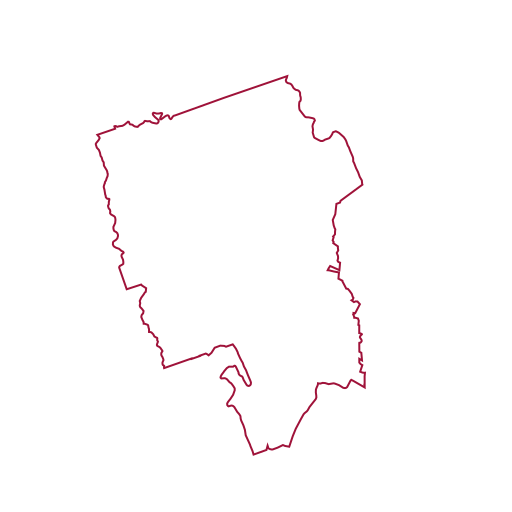 Campbelltown (NSW), New South Wales, Australia, rotated 151°
{"feature_id": "25037944B45643684874460", "entity_name": "Campbelltown (NSW)", "entity_type": "district", "adm_level": 2, "iso_a3": "AUS", "parent_name": "Australia", "parent_adm1": "New South Wales", "projection": "robinson", "projection_center": [150.89, -34.074], "detail": "fine", "context": "isolated", "style": "outline", "palette": "rose", "viewbox_px": 512, "rotation_deg": 151, "n_neighbors": 0, "source": "geoboundaries", "source_scale": "gbopen_adm2", "svg_char_len": 6133}
<svg xmlns="http://www.w3.org/2000/svg" viewBox="0 0 512 512"><g transform="rotate(151 256 256)"><path d="M128.4,266.8L128.4,267.1L126.8,270.8L126.9,274.9L126.1,279.8L125.9,284.3L125.1,289.9L125.1,291.6L123.7,294.3L123.3,295.8L122.7,302.1L122.1,306.0L122.2,308.1L121.4,312.7L121.3,314.5L121.6,317.5L123.6,323.2L124.4,324.6L125.7,326.4L128.5,326.9L129.1,326.6L130.5,325.5L132.3,324.5L134.5,323.6L135.3,323.6L139.1,324.3L141.0,324.2L142.2,324.4L143.7,325.3L145.0,327.1L147.5,331.0L147.6,331.9L146.6,336.4L144.9,338.8L143.7,342.1L142.4,343.6L141.0,344.5L140.3,345.2L138.9,345.9L138.6,347.2L138.7,347.8L138.9,348.3L140.1,349.5L142.7,351.7L144.8,353.0L145.3,353.5L145.7,354.4L147.0,362.6L146.7,363.8L145.5,366.5L144.0,368.9L143.2,369.8L141.8,370.2L140.8,371.4L139.9,373.3L139.7,374.6L139.1,376.0L138.4,377.2L138.3,378.2L138.5,379.6L139.1,380.7L140.3,381.7L140.8,382.3L141.6,384.2L141.8,385.2L141.7,386.6L141.9,388.9L142.6,390.2L144.4,391.9L145.1,393.3L144.9,394.9L144.2,395.8L142.7,396.9L141.5,398.2L207.0,409.8L258.8,418.2L259.7,418.5L261.1,418.3L263.6,417.0L264.3,417.1L264.7,418.0L264.8,418.8L264.4,420.8L264.7,421.5L265.1,421.9L266.3,422.2L267.6,422.2L272.5,421.5L273.3,421.9L273.4,422.1L273.0,423.1L269.2,425.8L269.0,426.4L269.7,427.1L271.9,427.7L273.8,428.7L275.9,430.8L276.4,431.0L277.1,430.7L277.4,430.3L277.6,429.1L277.0,426.4L275.6,422.8L275.5,421.9L275.7,421.2L276.2,420.6L277.5,419.9L278.2,419.9L278.8,420.1L279.7,420.8L282.1,422.9L283.1,424.4L283.4,425.4L285.6,426.4L287.6,428.0L288.1,428.0L288.8,427.5L290.2,427.0L293.8,427.1L295.9,426.7L296.8,426.3L297.3,426.5L299.2,428.1L300.0,429.4L300.2,430.2L300.7,431.0L302.3,432.2L302.4,433.0L302.2,435.0L302.8,435.5L307.4,434.6L309.7,434.6L313.0,435.9L314.6,436.2L315.1,436.7L315.6,437.6L316.6,438.1L317.0,438.1L317.5,435.6L336.0,438.9L335.4,435.7L335.6,434.9L337.4,433.7L340.9,432.3L341.8,431.7L342.1,431.0L342.7,427.9L342.0,424.9L342.4,422.0L343.4,418.9L343.2,417.0L344.0,413.8L343.8,411.8L345.2,408.7L345.0,403.2L345.3,401.5L345.7,400.8L345.8,399.7L347.1,397.8L348.7,396.6L350.6,394.8L352.4,393.8L353.0,392.8L353.7,392.4L355.4,390.7L355.9,389.7L356.4,387.5L358.1,382.8L358.2,381.8L358.8,380.3L358.6,378.9L358.3,378.1L356.9,377.3L356.7,376.9L357.0,376.3L358.4,374.8L359.8,372.4L360.8,372.0L361.2,371.4L361.7,369.5L361.6,368.3L361.3,367.5L361.5,366.6L362.0,365.3L362.3,365.1L362.9,364.1L362.7,362.7L360.8,359.6L360.5,358.3L360.8,357.2L361.4,355.7L363.2,353.1L366.6,350.6L367.3,349.3L367.8,347.8L367.8,346.4L366.7,344.8L366.2,343.2L366.5,341.4L367.0,340.4L368.8,338.6L370.6,338.0L373.8,337.7L374.5,337.2L375.6,335.4L375.7,333.8L375.5,333.0L374.4,331.1L372.3,328.7L371.2,325.7L370.1,324.1L370.1,323.2L370.6,322.8L372.6,322.5L373.6,321.4L373.9,320.3L374.1,317.2L375.0,314.9L375.9,313.5L376.9,313.3L379.9,313.3L380.7,312.9L381.3,312.2L385.2,289.6L370.3,286.7L370.0,285.4L367.7,281.1L369.8,278.1L370.9,278.0L372.4,277.1L376.7,275.1L379.5,273.0L380.1,270.9L381.6,269.2L382.0,268.1L382.0,267.0L381.6,266.1L381.3,264.5L381.0,262.4L382.6,260.5L384.0,260.1L384.8,259.6L385.9,258.3L386.3,255.2L386.3,252.9L387.1,251.2L386.2,250.7L384.5,248.8L384.0,248.0L384.0,247.5L384.7,245.5L385.0,243.9L386.4,241.4L384.9,240.4L384.4,239.6L383.8,237.3L383.9,234.9L383.0,233.4L382.2,232.4L382.2,231.9L383.2,230.4L383.3,228.6L385.5,226.7L385.9,226.0L385.9,225.2L384.7,223.4L384.2,222.2L383.9,219.2L383.9,218.2L385.9,217.0L386.8,215.4L386.9,214.3L386.8,213.1L387.1,210.7L387.4,209.8L389.2,208.4L389.7,207.8L390.3,206.3L390.2,205.6L389.7,204.8L389.6,204.4L390.5,203.1L390.7,202.5L362.0,197.6L362.2,197.2L353.5,195.7L353.5,196.1L347.2,195.0L346.3,193.7L345.6,192.1L341.9,192.9L336.6,195.8L330.7,194.9L327.3,192.7L326.2,191.2L319.2,190.0L318.8,187.4L318.5,184.5L318.7,180.4L319.0,179.8L319.4,174.8L319.5,171.2L319.4,169.1L320.1,165.3L320.1,160.9L320.8,156.0L321.4,149.9L321.7,147.9L322.6,146.5L323.5,145.9L324.7,145.7L325.6,146.0L326.4,146.9L326.7,148.0L326.9,153.7L326.5,156.0L326.5,157.2L327.8,159.1L328.2,160.3L328.2,161.6L327.7,162.7L327.5,165.6L327.3,169.0L327.5,170.0L328.1,170.5L329.7,170.3L333.3,172.3L335.9,172.1L340.1,170.5L340.5,170.2L343.5,168.9L345.2,167.8L346.0,166.8L345.7,165.7L342.6,164.3L342.2,163.9L341.4,162.8L341.1,162.1L340.3,158.3L339.6,157.2L339.2,155.6L338.9,153.0L338.8,150.6L339.7,148.9L343.3,145.7L347.5,143.5L351.3,141.9L352.7,141.0L353.4,139.6L353.2,138.3L352.9,137.8L350.1,137.2L349.2,136.5L348.7,135.8L348.2,134.4L348.0,128.8L347.4,126.1L347.2,123.9L347.5,122.9L348.2,121.4L348.7,119.4L349.1,114.1L350.0,109.3L351.9,104.2L352.7,93.9L353.0,92.6L353.6,87.1L354.4,83.5L340.9,81.3L337.8,84.5L338.0,83.4L338.4,82.6L338.3,81.7L337.4,80.3L335.9,79.0L335.1,78.7L330.0,77.9L324.1,77.6L322.7,75.8L319.4,73.1L311.2,80.6L305.0,85.6L296.1,91.4L291.1,94.5L289.7,95.0L286.8,95.5L285.4,96.1L282.4,98.0L273.1,101.9L271.8,103.0L271.0,104.6L269.8,107.7L268.3,110.2L266.8,111.5L264.9,112.9L263.9,113.9L263.5,114.6L261.8,113.3L259.2,112.7L257.1,111.3L254.6,108.7L250.0,107.1L249.0,106.3L246.0,102.8L243.6,98.4L242.2,97.3L241.0,97.0L239.8,97.2L233.7,101.2L232.7,101.5L231.3,99.4L224.7,88.4L224.0,90.0L223.9,89.8L219.4,98.0L217.3,101.1L218.0,101.4L219.4,102.4L221.0,104.3L215.9,109.0L216.9,110.7L217.3,112.7L215.5,116.0L213.9,113.3L210.8,120.3L212.0,122.2L208.1,129.4L207.7,130.0L206.7,129.6L206.1,129.7L205.0,130.2L204.5,131.0L204.4,131.9L204.6,134.3L204.4,134.8L203.9,135.3L202.4,135.9L201.4,136.1L201.3,136.3L202.0,137.5L203.1,138.5L199.3,145.3L199.9,146.1L197.5,149.5L197.1,151.9L199.2,154.0L200.0,154.3L199.5,155.9L199.3,157.9L198.2,157.8L198.1,158.8L196.8,158.0L188.5,163.5L189.3,167.0L190.9,168.0L192.7,168.2L193.9,170.9L192.6,170.9L191.1,172.1L191.2,173.4L190.6,176.5L191.1,180.4L191.6,182.7L192.9,183.7L192.7,191.9L192.4,192.5L194.9,196.2L191.4,201.4L195.2,204.5L199.0,208.0L200.2,208.8L198.5,210.0L196.0,211.3L189.9,203.2L185.7,209.4L186.9,210.9L187.0,212.4L185.3,214.2L184.3,216.2L183.9,219.5L181.4,221.0L180.5,223.3L179.7,224.7L182.2,229.8L181.3,230.6L181.4,232.5L179.0,234.8L179.1,235.7L178.0,236.0L176.4,236.7L175.1,238.9L173.7,240.9L173.7,242.3L173.2,245.1L171.4,250.3L166.4,254.1L160.4,262.6L156.6,262.0L155.3,263.3L128.4,266.8Z" fill="none" stroke="#9f1239" stroke-width="2"/></g></svg>